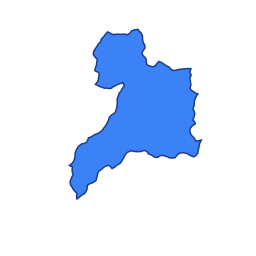 Igaratinga, Minas Gerais, Brazil (Robinson projection), rotated 34°
{"feature_id": "56859067B35538622918215", "entity_name": "Igaratinga", "entity_type": "district", "adm_level": 2, "iso_a3": "BRA", "parent_name": "Brazil", "parent_adm1": "Minas Gerais", "projection": "robinson", "projection_center": [-44.723, -19.975], "detail": "fine", "context": "isolated", "style": "filled", "palette": "blue", "viewbox_px": 256, "rotation_deg": 34, "n_neighbors": 0, "source": "geoboundaries", "source_scale": "gbopen_adm2", "svg_char_len": 2577}
<svg xmlns="http://www.w3.org/2000/svg" viewBox="0 0 256 256"><g transform="rotate(34 128 128)"><path d="M125.4,215.4L126.5,212.0L127.4,209.1L128.5,207.0L128.8,204.3L128.1,201.3L126.5,198.5L127.1,196.2L129.2,193.3L130.9,189.5L129.8,186.3L128.3,182.9L128.0,179.7L129.2,177.3L129.8,174.5L130.7,172.2L132.5,170.1L134.5,169.6L137.4,170.6L138.9,167.9L139.4,165.3L141.2,162.0L141.3,158.5L141.1,155.0L140.7,152.3L140.9,148.9L143.2,145.2L146.0,144.1L148.3,142.8L151.3,140.8L154.1,137.5L156.7,136.9L159.4,138.0L163.4,137.2L166.9,137.2L169.2,135.6L170.0,133.1L171.9,131.4L174.2,130.5L176.8,129.8L179.0,129.6L181.3,128.3L183.6,126.3L183.8,123.7L184.2,121.4L185.7,119.0L188.2,117.3L191.6,116.1L194.4,115.9L196.6,115.7L198.6,115.1L199.7,113.1L199.9,110.0L198.4,106.6L197.4,103.8L196.1,101.1L195.5,97.0L193.6,99.0L191.5,101.1L188.8,99.3L185.6,98.8L183.0,97.7L181.0,96.0L179.7,93.3L180.2,89.7L181.5,86.9L179.8,85.7L177.5,85.2L176.7,82.3L175.5,78.9L173.2,76.9L170.9,75.7L170.2,72.0L168.4,69.4L167.6,67.3L166.9,64.0L166.9,60.7L164.6,61.4L162.1,61.1L159.3,61.4L157.0,60.2L156.0,56.9L153.9,54.7L151.3,52.0L150.8,48.7L148.1,47.4L147.0,43.6L144.0,45.5L141.6,47.5L139.4,49.4L137.6,50.8L136.1,52.5L134.5,54.2L132.0,55.5L129.9,55.0L127.7,54.5L124.5,55.0L120.9,54.9L118.6,55.0L116.4,55.5L115.9,58.4L115.8,61.2L114.5,63.3L112.6,64.0L110.3,64.8L108.0,64.8L106.2,62.7L104.4,60.7L101.5,59.8L99.0,59.3L97.5,57.5L97.3,55.0L97.3,52.3L95.6,49.8L93.1,48.9L90.5,46.4L88.3,43.3L85.5,41.8L83.4,41.5L81.2,40.6L78.3,43.2L76.7,45.3L76.5,48.4L75.4,50.9L72.6,52.1L70.1,54.1L68.1,55.4L66.3,56.4L64.5,58.1L62.6,59.1L60.1,59.4L57.3,59.7L56.9,63.4L56.7,66.3L56.1,69.0L57.0,72.1L56.4,74.9L56.6,77.8L56.6,80.5L56.7,83.3L57.8,86.2L60.5,87.5L64.1,88.2L65.6,91.5L66.8,93.8L67.3,96.4L68.5,99.0L70.8,98.8L72.7,98.2L74.2,99.8L75.1,102.2L76.4,104.3L76.9,107.0L76.5,110.0L79.2,109.8L81.6,109.4L83.6,108.7L86.0,108.3L87.7,107.0L90.0,106.0L91.9,104.6L92.7,102.0L94.0,99.8L95.1,97.7L96.6,95.7L98.5,93.3L101.5,95.2L101.1,98.5L101.6,101.2L101.2,104.0L102.1,107.3L102.8,110.1L104.4,112.2L105.8,114.4L107.2,117.3L108.1,120.0L108.7,122.6L107.1,126.3L106.6,129.8L107.5,132.5L108.0,136.1L108.2,139.3L107.9,142.0L107.9,144.8L107.1,147.1L106.1,149.3L103.8,152.5L102.5,156.0L100.8,158.0L101.2,160.3L101.6,162.6L100.8,164.9L98.7,166.7L97.3,170.2L97.3,174.4L98.0,177.9L99.2,179.9L100.8,182.9L101.6,186.3L101.3,188.9L100.5,191.9L103.4,191.1L105.1,194.0L106.5,195.8L108.4,196.9L109.1,200.9L109.9,204.8L112.1,207.3L114.3,208.1L117.0,209.5L119.9,210.3L122.4,210.7L123.4,213.3L125.4,215.4Z" fill="#3b82f6" stroke="#1e3a8a" stroke-width="1.5"/></g></svg>